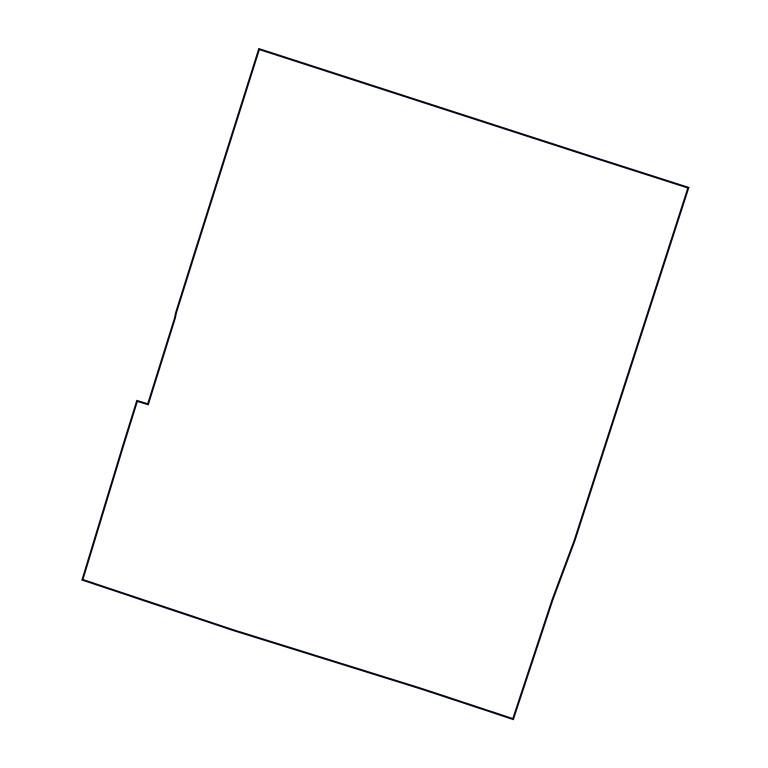 Champaign, Illinois, United States of America (Natural Earth projection), rotated 198°
{"feature_id": "52423323B49146676442539", "entity_name": "Champaign", "entity_type": "district", "adm_level": 2, "iso_a3": "USA", "parent_name": "United States of America", "parent_adm1": "Illinois", "projection": "natural_earth1", "projection_center": [-88.181, 40.14], "detail": "fine", "context": "isolated", "style": "outline", "palette": "ink", "viewbox_px": 768, "rotation_deg": 198, "n_neighbors": 0, "source": "geoboundaries", "source_scale": "gbopen_adm2", "svg_char_len": 370}
<svg xmlns="http://www.w3.org/2000/svg" viewBox="0 0 768 768"><g transform="rotate(198 384 384)"><path d="M157.1,231.0L154.4,294.1L154.6,381.4L155.2,664.7L252.4,664.3L606.3,663.9L604.4,444.5L603.8,387.3L603.2,381.7L602.2,291.8L613.6,291.6L613.0,244.2L610.3,104.6L451.6,103.3L254.6,105.7L157.7,105.2L157.1,231.0Z" fill="none" stroke="#020617" stroke-width="2"/></g></svg>